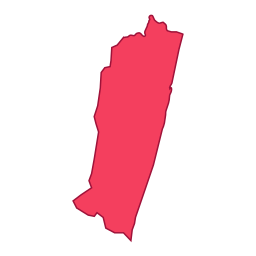 the border of Vatovavy-Fitovinany
{"feature_id": "MDG-5882", "entity_name": "Vatovavy-Fitovinany", "entity_type": "Autonomous Province", "adm_level": 1, "iso_a3": "MDG", "parent_name": "Madagascar", "parent_adm1": "", "projection": "equal_earth", "projection_center": [48.052, -21.409], "detail": "fine", "context": "isolated", "style": "filled", "palette": "rose", "viewbox_px": 256, "rotation_deg": 0, "n_neighbors": 0, "source": "natural_earth", "source_scale": "10m", "svg_char_len": 1788}
<svg xmlns="http://www.w3.org/2000/svg" viewBox="0 0 256 256"><path d="M182.9,34.2L179.0,49.2L171.9,83.0L171.2,84.5L170.2,86.0L169.6,87.5L169.9,88.8L170.9,87.6L171.4,88.0L171.6,89.2L171.4,90.8L171.0,92.2L169.7,95.0L169.5,96.7L169.2,99.9L168.5,103.1L166.0,110.7L165.7,112.0L165.6,114.9L164.4,123.0L163.4,126.5L162.4,128.8L153.4,165.0L144.5,191.1L135.5,217.3L134.5,223.5L132.2,229.8L130.9,240.6L123.5,232.8L114.7,232.8L105.8,228.1L103.2,217.4L97.0,212.7L94.3,216.3L88.2,215.1L76.7,208.0L73.1,200.9L81.0,194.9L91.6,187.8L89.0,180.7L91.6,173.6L94.2,159.3L98.6,132.0L96.0,123.7L94.2,116.6L97.7,105.8L100.3,88.0L101.2,72.5L104.8,67.7L110.1,66.6L111.0,60.6L111.8,47.5L117.2,45.1L123.7,37.2L124.1,37.4L124.6,37.4L125.4,37.2L127.3,37.0L127.7,36.9L128.1,36.7L129.3,35.7L129.7,35.5L130.1,35.3L130.5,35.2L131.0,35.2L131.9,35.3L132.8,35.5L133.3,35.6L133.7,35.6L134.2,35.6L134.6,35.4L134.9,35.2L135.7,34.2L136.7,33.4L137.0,33.3L137.9,33.0L138.7,32.9L139.4,32.9L139.8,33.0L141.1,34.0L142.4,35.5L143.2,36.0L143.8,36.4L144.3,36.4L144.7,36.2L145.0,36.0L145.3,35.6L145.4,35.2L145.4,34.8L144.9,33.5L144.8,33.0L144.8,32.4L144.8,31.9L145.1,30.9L147.2,26.3L147.4,25.8L147.4,25.2L147.7,24.2L147.9,23.8L148.6,22.7L148.7,22.3L148.9,21.2L149.0,20.7L149.2,20.3L149.7,19.7L149.7,19.2L149.6,18.8L149.2,18.0L149.1,17.6L149.1,17.1L149.3,16.7L149.5,16.3L149.7,16.0L150.1,15.7L150.5,15.5L151.0,15.4L151.6,15.4L152.0,15.5L152.4,15.7L152.7,16.1L152.9,16.4L154.4,19.8L154.6,20.1L155.9,21.3L157.4,22.5L158.3,22.9L159.0,23.2L159.5,23.2L160.0,23.1L162.2,22.4L163.0,22.3L163.4,22.4L163.8,22.8L164.3,23.3L165.5,24.3L165.8,24.7L166.0,25.1L166.3,26.0L166.4,26.6L166.4,27.8L166.4,28.4L166.5,29.1L166.7,29.8L167.3,30.6L167.9,30.9L171.4,31.9L176.5,31.9L182.3,33.9L182.9,34.2Z" fill="#f43f5e" stroke="#9f1239" stroke-width="1.5"/></svg>